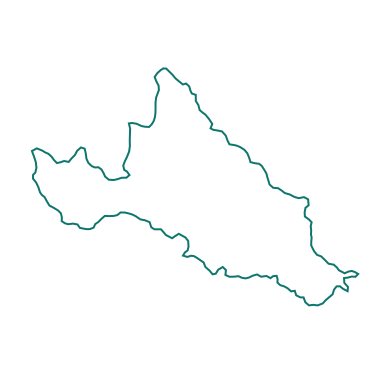 Catuti, Minas Gerais, Brazil, rotated 174°
{"feature_id": "56859067B68973211377835", "entity_name": "Catuti", "entity_type": "district", "adm_level": 2, "iso_a3": "BRA", "parent_name": "Brazil", "parent_adm1": "Minas Gerais", "projection": "robinson", "projection_center": [-43.092, -15.341], "detail": "fine", "context": "isolated", "style": "outline", "palette": "teal", "viewbox_px": 384, "rotation_deg": 174, "n_neighbors": 0, "source": "geoboundaries", "source_scale": "gbopen_adm2", "svg_char_len": 3121}
<svg xmlns="http://www.w3.org/2000/svg" viewBox="0 0 384 384"><g transform="rotate(174 192 192)"><path d="M324.6,176.6L321.7,174.2L318.5,172.9L313.7,173.0L309.3,171.7L307.2,168.0L303.3,166.8L300.3,166.0L297.3,165.8L293.5,166.9L291.6,170.2L288.5,171.8L284.7,174.9L281.2,177.3L277.0,176.7L272.6,176.4L268.8,176.8L265.2,179.1L260.9,178.6L257.2,177.3L254.2,176.1L250.6,173.9L246.3,170.2L241.7,168.8L237.3,166.4L236.2,161.2L233.4,158.9L230.2,158.5L226.8,158.2L224.5,155.0L222.5,152.0L219.5,150.0L216.6,148.1L213.4,149.9L209.5,151.8L205.8,149.2L203.2,147.4L200.9,143.6L201.2,137.9L202.5,134.3L205.3,132.7L207.6,129.7L203.4,127.9L199.7,128.7L196.9,128.1L194.5,126.4L191.1,123.5L187.8,120.7L186.5,116.0L182.8,112.0L180.1,108.0L176.9,108.3L174.0,112.0L169.3,114.2L166.4,110.8L167.4,106.0L163.7,103.8L159.1,103.4L154.5,103.4L151.6,101.6L147.9,100.5L144.1,101.0L140.5,102.4L135.9,103.2L132.1,100.5L126.7,100.7L123.0,98.1L120.2,99.8L116.6,99.8L116.0,96.3L116.5,93.0L113.9,90.1L110.5,88.7L107.0,86.3L103.8,82.8L100.1,83.0L99.2,78.4L95.3,75.9L92.1,75.5L90.8,70.5L87.5,67.0L83.3,67.1L78.9,66.1L73.6,67.5L70.3,70.5L67.2,72.6L62.9,75.5L60.9,80.1L58.1,83.0L54.8,82.8L51.9,79.9L47.6,77.1L46.8,81.3L50.0,85.7L49.8,90.5L45.7,90.6L42.0,91.2L38.3,90.6L35.3,93.1L38.4,95.4L41.4,96.8L44.7,96.5L48.7,95.2L51.3,97.0L54.0,98.7L55.8,101.8L58.6,104.9L63.7,106.4L66.9,110.5L70.3,114.5L74.2,116.4L76.8,120.4L79.0,126.3L78.6,130.2L77.8,133.9L78.1,137.6L77.5,141.0L77.5,145.6L76.2,149.4L78.6,152.5L82.3,155.8L82.1,160.0L80.8,164.4L77.4,166.6L77.3,172.6L81.2,175.2L86.5,174.7L90.7,176.4L95.0,179.3L99.9,181.3L102.6,184.0L106.0,186.8L110.8,187.7L114.1,191.4L114.9,195.7L115.6,199.2L116.0,202.5L117.9,206.7L120.0,210.8L122.3,213.0L126.6,214.1L130.7,215.6L131.5,219.8L132.9,224.7L135.5,228.5L139.6,231.8L143.3,233.7L146.4,234.6L149.8,235.5L151.3,239.5L152.5,244.5L155.8,249.1L160.6,250.6L164.3,251.6L166.9,253.4L164.7,257.5L167.5,262.9L170.6,267.6L173.4,270.1L175.8,272.7L176.6,277.8L178.7,282.1L178.1,288.2L181.9,290.0L183.0,293.1L183.7,297.3L186.6,300.5L189.8,299.9L193.5,303.5L196.7,306.9L198.9,310.3L202.0,314.1L204.7,317.4L207.6,317.9L210.4,316.5L214.1,313.8L217.1,310.3L216.0,306.1L214.1,301.2L214.3,296.8L216.0,293.3L217.8,289.7L218.9,284.9L219.4,280.0L220.1,274.4L221.1,270.2L222.7,266.5L224.9,263.6L227.8,261.2L231.9,261.8L235.4,262.9L239.8,265.6L244.3,266.9L247.6,266.8L246.9,261.4L247.6,256.5L248.1,253.0L248.6,249.0L249.0,244.0L250.3,238.8L253.0,233.7L255.7,229.3L257.6,225.5L257.1,221.1L254.6,219.2L252.4,215.4L255.7,213.1L260.3,213.5L265.1,212.5L268.6,212.1L273.4,212.9L276.8,216.4L277.9,219.8L279.6,223.8L282.5,226.4L285.8,226.5L289.0,228.2L292.1,231.9L293.5,236.2L293.6,241.2L294.2,246.3L297.8,247.9L301.9,245.0L304.6,241.0L308.5,237.8L311.5,234.8L316.0,236.2L319.8,235.3L323.3,234.9L325.9,238.2L327.9,241.7L330.8,245.0L333.7,246.6L336.7,248.9L341.8,251.6L346.9,249.5L345.4,243.7L344.2,237.9L344.2,232.2L345.8,227.7L348.3,225.6L348.7,221.9L346.1,217.9L344.3,212.9L343.2,207.6L341.6,204.7L339.1,202.3L337.4,198.1L335.2,193.4L331.3,190.8L327.2,187.7L324.6,184.5L324.1,180.4L324.6,176.6Z" fill="none" stroke="#0f766e" stroke-width="2"/></g></svg>